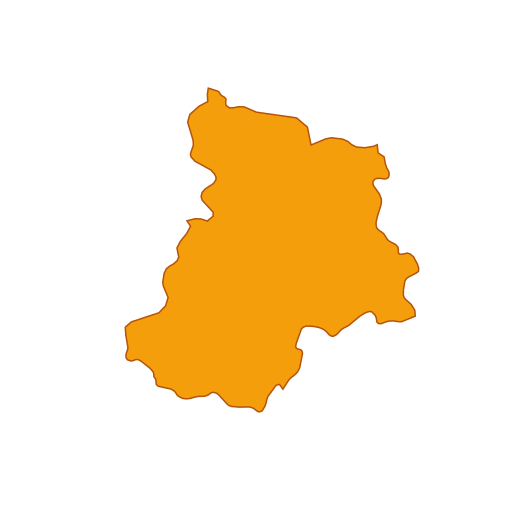 the Metropolitan department of Haute-Vienne, rotated 226°
{"feature_id": "FRA-5303", "entity_name": "Haute-Vienne", "entity_type": "Metropolitan department", "adm_level": 1, "iso_a3": "FRA", "parent_name": "France", "parent_adm1": "", "projection": "orthographic", "projection_center": [1.157, 45.922], "detail": "fine", "context": "isolated", "style": "filled", "palette": "amber", "viewbox_px": 512, "rotation_deg": 226, "n_neighbors": 0, "source": "natural_earth", "source_scale": "10m", "svg_char_len": 2894}
<svg xmlns="http://www.w3.org/2000/svg" viewBox="0 0 512 512"><g transform="rotate(226 256 256)"><path d="M406.1,333.3L409.9,338.3L401.2,343.0L399.1,343.3L397.1,342.7L395.4,342.7L391.7,343.7L389.7,343.4L386.9,340.2L385.0,339.1L380.9,339.8L378.2,342.9L375.5,347.1L371.5,351.1L359.2,356.2L327.2,381.1L313.0,382.5L297.6,372.7L291.9,387.3L288.7,392.4L279.9,399.5L274.6,401.7L269.8,402.1L264.5,404.0L258.1,409.7L253.1,417.0L251.9,420.5L245.4,415.5L238.3,417.0L232.6,413.2L229.2,411.5L224.0,409.9L221.6,407.9L220.6,405.8L220.9,403.8L221.7,402.5L222.1,402.0L225.4,399.4L227.4,397.4L228.7,395.1L228.4,392.2L227.0,390.5L225.0,389.4L214.8,387.8L210.0,385.8L207.4,383.4L205.7,381.0L199.9,370.4L196.7,365.6L194.2,363.4L192.1,362.3L189.2,362.3L184.8,363.2L183.0,363.3L176.5,362.0L174.4,362.1L167.0,364.4L163.6,364.2L161.6,362.7L159.1,360.4L157.2,360.9L155.7,362.4L153.0,366.9L150.3,368.3L146.1,368.8L138.1,366.5L134.2,364.6L132.1,362.2L132.3,359.9L135.0,350.7L135.2,348.3L134.6,345.8L129.4,338.8L125.9,335.1L123.4,333.8L120.9,333.5L113.4,334.0L106.7,332.6L102.1,328.8L107.7,314.9L109.4,313.2L114.0,309.6L116.8,306.5L118.5,303.4L120.4,298.9L122.3,297.2L124.3,297.0L128.3,299.7L130.5,300.5L135.6,300.5L137.2,299.0L138.4,297.1L139.3,294.7L140.5,289.5L141.6,275.0L142.1,272.6L143.1,269.5L143.7,266.8L143.7,264.7L143.5,259.4L144.5,255.8L146.2,254.5L148.3,253.9L153.0,254.1L155.3,253.8L157.9,253.0L160.5,251.8L163.6,249.8L166.6,247.4L170.6,243.6L171.9,240.7L172.0,238.0L165.6,225.1L164.3,222.9L162.7,221.2L160.8,221.1L157.4,223.1L155.5,223.0L153.6,221.8L145.5,210.2L144.5,207.8L143.8,205.5L143.6,203.3L143.6,201.2L144.1,196.9L144.1,194.6L143.7,191.9L141.5,182.8L147.2,183.7L148.3,182.3L149.0,180.4L146.7,167.0L145.4,164.4L143.5,161.5L141.8,158.3L140.3,153.0L141.3,150.4L143.1,149.2L148.0,148.4L150.4,147.4L152.6,145.8L158.8,139.1L164.5,134.1L166.9,132.8L169.1,132.4L182.4,132.7L184.7,132.3L187.4,130.8L188.5,129.2L189.0,127.7L189.1,125.6L190.1,122.8L191.6,120.7L194.8,117.3L197.0,114.0L199.6,109.2L201.9,106.4L204.4,104.4L206.8,103.4L209.1,102.8L211.3,102.7L213.5,103.3L216.2,103.3L219.5,102.3L230.2,95.2L232.8,95.0L236.9,98.2L240.0,98.7L243.3,101.3L246.1,101.7L249.5,101.7L260.0,100.3L263.3,99.3L265.1,97.4L265.9,95.3L267.2,93.2L270.4,91.5L272.9,91.8L275.0,93.5L276.5,95.8L277.6,98.1L278.9,100.1L289.5,107.4L295.6,112.5L295.2,120.6L282.6,146.7L283.0,156.5L287.3,164.0L298.6,168.4L301.8,170.6L307.3,177.8L309.1,182.8L308.7,187.0L307.6,191.1L307.4,196.0L308.8,199.6L316.7,204.7L319.1,211.9L320.3,221.7L322.9,229.6L329.3,230.8L325.1,238.1L320.8,242.2L314.7,245.4L315.0,245.9L314.4,252.6L317.2,255.6L333.4,256.0L336.9,257.8L339.2,261.5L339.5,266.1L337.7,275.9L338.8,280.4L340.9,282.2L343.7,283.1L349.2,283.3L366.6,277.9L372.3,278.1L374.6,279.4L376.0,281.5L378.5,286.7L379.9,288.6L383.1,291.2L399.7,299.8L403.8,306.7L403.3,319.1L400.6,328.6L406.1,333.3Z" fill="#f59e0b" stroke="#b45309" stroke-width="1.5"/></g></svg>